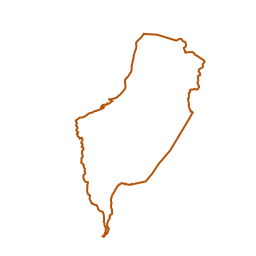 Paratinga, Bahia, Brazil, rotated 34°
{"feature_id": "56859067B27824203442391", "entity_name": "Paratinga", "entity_type": "district", "adm_level": 2, "iso_a3": "BRA", "parent_name": "Brazil", "parent_adm1": "Bahia", "projection": "mercator", "projection_center": [-43.076, -12.745], "detail": "fine", "context": "isolated", "style": "outline", "palette": "amber", "viewbox_px": 256, "rotation_deg": 34, "n_neighbors": 0, "source": "geoboundaries", "source_scale": "gbopen_adm2", "svg_char_len": 5502}
<svg xmlns="http://www.w3.org/2000/svg" viewBox="0 0 256 256"><g transform="rotate(34 128 128)"><path d="M167.7,231.8L168.6,231.8L169.0,231.0L168.8,229.7L169.0,228.9L169.3,227.9L169.7,226.9L169.4,226.0L169.3,225.1L168.7,224.2L168.7,223.5L168.7,222.8L168.3,222.0L167.6,221.8L166.8,222.1L166.1,221.2L165.6,220.5L164.9,220.1L164.5,219.4L164.2,218.7L164.0,217.8L163.6,216.8L163.4,215.9L163.4,215.1L163.3,213.9L163.2,212.8L162.9,211.9L162.0,211.5L161.9,210.7L162.0,210.0L162.4,209.1L162.8,208.3L162.3,207.2L161.8,206.4L161.2,206.0L160.8,205.4L160.3,204.5L159.2,203.9L158.2,203.2L157.4,201.9L157.0,201.2L156.7,200.2L156.4,199.3L155.3,198.8L154.8,198.0L154.4,197.5L153.9,197.0L153.7,196.1L153.2,195.1L152.9,194.0L152.6,192.9L152.4,191.4L152.3,190.4L152.4,189.6L152.4,188.9L152.2,187.9L152.1,187.0L152.0,186.1L152.0,184.9L151.9,183.9L151.8,183.0L151.8,182.3L152.0,181.6L152.2,180.7L152.2,179.7L152.9,179.2L153.1,178.2L153.4,177.5L154.2,177.0L155.1,176.8L155.8,176.2L156.5,175.8L157.0,176.3L157.6,175.4L158.3,175.5L158.9,175.3L159.6,174.8L160.6,174.5L161.7,173.9L162.0,173.1L162.2,172.4L162.9,172.5L172.6,162.3L173.6,152.4L173.5,140.7L174.4,132.7L175.4,124.3L175.5,122.9L175.0,113.4L174.3,100.5L174.3,99.6L173.6,87.1L173.0,79.0L172.1,78.8L171.5,79.1L170.7,79.3L170.2,78.4L169.1,78.1L168.4,77.8L167.8,77.3L167.1,76.5L166.2,76.0L165.5,75.2L165.2,74.1L164.3,73.3L163.5,72.4L162.7,71.6L162.0,70.9L161.4,70.3L161.7,69.3L161.2,68.4L160.5,67.3L159.9,66.3L159.2,65.8L159.0,65.2L159.1,64.5L159.4,63.6L158.8,62.9L158.3,62.5L158.4,61.5L159.1,60.6L159.8,60.4L160.2,59.8L160.7,59.1L161.3,58.6L161.9,58.0L163.0,58.0L163.9,57.4L164.1,56.4L164.0,55.4L164.1,54.6L163.8,53.9L163.2,53.4L162.0,53.0L161.1,52.4L160.6,51.9L160.2,51.1L159.9,50.2L159.7,49.3L159.2,48.7L158.7,48.1L158.2,47.3L157.5,46.8L157.0,46.1L157.2,45.0L157.9,44.4L158.2,43.7L157.7,43.0L156.9,42.3L156.0,41.9L155.0,41.6L154.5,40.8L154.2,40.1L154.3,39.1L154.9,38.0L155.4,36.9L155.9,35.9L155.8,35.1L155.0,34.3L154.5,33.7L154.2,32.9L154.4,31.7L154.4,30.9L154.2,30.1L153.6,29.5L143.3,29.6L142.4,29.8L141.6,29.3L140.8,28.9L140.1,29.1L139.3,29.1L138.6,29.1L138.0,29.7L137.0,30.5L136.0,31.2L135.1,31.8L134.2,32.4L134.0,33.2L133.3,33.4L132.4,32.7L131.6,31.8L130.8,31.4L130.0,30.8L129.5,30.1L130.2,28.7L130.2,27.9L129.9,27.1L129.4,26.3L128.5,25.6L128.0,25.2L127.3,24.7L126.5,24.8L125.7,25.2L125.0,25.2L124.0,25.1L123.4,24.6L122.5,24.2L121.5,24.8L121.0,25.3L120.6,25.9L120.2,26.6L119.8,27.3L119.5,28.2L118.9,28.6L99.9,34.4L98.2,35.4L89.4,40.7L88.4,41.0L88.4,41.7L88.4,42.6L88.4,44.4L88.4,45.5L88.0,47.0L87.3,49.7L87.1,51.3L87.1,52.2L87.2,53.0L87.6,53.8L88.5,54.6L89.5,55.9L90.5,58.5L90.9,60.5L91.8,63.2L92.0,64.0L92.5,65.1L93.3,66.8L94.1,68.1L94.3,69.1L94.8,70.6L95.2,71.7L95.6,72.5L96.2,73.8L96.8,75.4L97.9,76.7L98.7,78.3L99.1,79.7L99.0,81.2L99.2,82.2L99.3,83.6L99.3,84.7L99.1,86.3L98.9,87.7L98.6,88.6L98.8,90.1L99.3,90.9L99.9,91.7L100.8,92.9L101.8,93.7L102.8,95.1L103.5,96.6L103.6,98.1L103.5,99.6L103.2,101.8L102.8,104.7L102.1,106.9L101.8,108.4L101.3,109.5L100.8,110.3L100.4,110.9L99.8,111.5L99.2,112.1L98.8,112.7L97.8,113.7L97.2,114.2L95.6,114.9L97.2,114.9L97.9,114.8L99.0,114.8L99.8,114.7L99.3,115.5L99.1,117.1L98.8,118.1L98.2,118.8L97.1,119.2L97.4,119.8L96.7,120.6L96.9,121.4L96.1,121.5L95.5,121.8L94.9,122.3L94.3,122.8L94.1,123.8L93.9,124.9L94.2,126.0L94.7,125.1L95.0,124.5L95.5,123.9L96.5,124.1L96.5,125.1L96.1,125.9L95.6,126.4L94.7,127.8L94.2,128.7L93.6,129.5L92.8,130.5L92.3,131.3L91.4,132.4L90.6,133.1L90.1,134.1L89.9,135.1L89.0,136.0L88.1,136.6L87.6,137.5L87.3,138.4L87.0,139.0L86.7,139.8L86.5,140.9L86.1,141.7L85.8,142.4L85.4,143.2L84.9,143.9L84.3,144.7L83.3,145.6L82.7,145.9L82.1,146.5L81.8,147.1L81.6,147.9L81.5,148.7L81.1,149.4L80.9,150.3L80.5,150.9L81.2,151.7L82.0,152.1L82.8,152.4L83.2,153.4L83.3,154.5L84.1,155.3L85.0,155.3L85.7,155.8L86.2,156.3L86.0,157.0L86.1,158.0L86.5,158.9L87.2,159.2L88.3,159.2L89.1,159.4L89.3,160.5L88.8,161.2L89.1,161.8L90.0,161.9L90.4,162.6L91.1,163.0L91.9,163.0L92.6,163.1L93.3,163.3L94.0,163.8L94.5,163.1L94.8,162.1L95.5,162.1L96.2,162.5L97.1,163.5L97.1,164.5L97.4,165.5L97.4,166.4L98.1,166.6L99.0,166.6L99.7,167.3L100.0,168.1L99.8,168.8L100.3,169.6L101.1,169.3L101.8,169.2L102.3,169.8L102.9,170.3L102.9,171.1L102.8,171.9L103.0,173.0L103.4,173.9L103.8,174.6L104.4,175.1L105.1,175.6L105.7,176.0L106.2,176.8L106.6,177.8L106.3,178.7L106.6,179.7L107.2,180.2L107.8,181.0L108.1,182.1L108.8,183.0L109.9,182.9L110.9,183.3L111.9,183.3L112.3,184.2L113.3,185.0L114.1,185.6L115.1,185.9L115.6,187.0L116.2,188.0L117.1,188.8L118.0,189.5L117.8,190.4L117.5,191.4L117.7,192.2L117.9,192.9L118.6,193.7L119.4,194.7L120.3,195.5L121.1,195.6L122.1,196.1L122.9,196.3L124.1,195.8L125.0,195.3L125.6,196.2L126.0,197.4L126.1,198.2L126.6,198.7L127.5,199.5L127.8,200.8L128.7,201.9L129.3,202.9L129.8,203.6L130.3,204.2L131.1,204.5L132.0,205.3L132.7,205.4L133.5,204.9L134.5,205.4L134.9,206.5L135.3,207.5L135.9,208.4L137.0,209.0L137.7,209.3L138.4,209.8L139.4,210.3L140.3,210.9L141.1,210.3L142.0,210.5L142.8,210.4L143.5,210.1L144.5,209.9L145.1,209.5L145.9,209.9L147.1,210.7L148.0,211.2L148.5,211.8L149.1,212.2L150.2,212.4L151.3,212.4L152.2,212.0L153.0,211.9L154.2,211.8L154.9,212.4L155.6,212.8L156.3,213.5L156.9,214.1L157.6,214.8L158.1,215.7L158.9,216.6L159.5,217.4L159.8,218.1L159.9,219.0L160.6,219.3L161.2,219.6L161.7,220.2L162.2,221.0L162.9,221.7L163.9,222.4L165.1,222.9L165.6,223.7L166.3,224.3L166.5,225.1L167.2,226.0L167.6,226.9L167.6,227.8L167.7,228.4L167.9,229.1L168.0,230.2L168.3,231.0L167.7,231.8Z" fill="none" stroke="#b45309" stroke-width="2"/></g></svg>